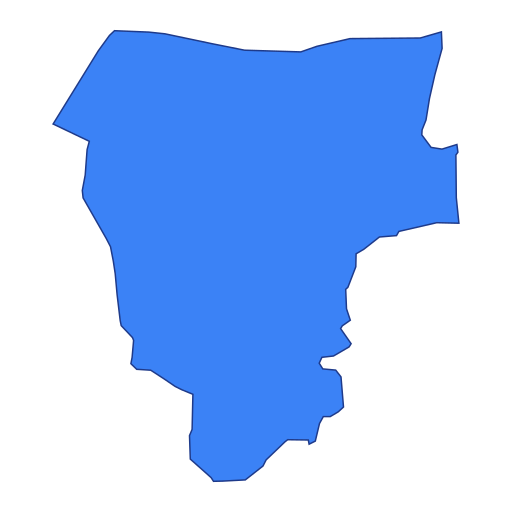 Belbédji, Zinder, Niger
{"feature_id": "23599985B37162587774633", "entity_name": "Belbédji", "entity_type": "district", "adm_level": 2, "iso_a3": "NER", "parent_name": "Niger", "parent_adm1": "Zinder", "projection": "orthographic", "projection_center": [7.925, 15.006], "detail": "fine", "context": "isolated", "style": "filled", "palette": "blue", "viewbox_px": 512, "rotation_deg": 0, "n_neighbors": 0, "source": "geoboundaries", "source_scale": "gbopen_adm2", "svg_char_len": 1178}
<svg xmlns="http://www.w3.org/2000/svg" viewBox="0 0 512 512"><path d="M213.5,481.3L222.5,481.1L245.3,479.9L263.0,466.0L266.1,459.9L285.0,441.8L287.7,439.7L308.3,440.0L309.1,444.2L315.3,441.1L319.5,423.5L323.3,416.6L330.2,416.6L338.3,411.8L343.5,407.0L341.0,376.9L335.7,370.1L322.8,368.9L319.2,363.2L321.9,357.3L333.5,356.0L349.1,346.9L351.1,343.7L340.6,328.6L342.3,325.8L350.3,320.2L346.5,308.8L345.7,289.3L347.9,287.3L355.8,266.8L356.1,253.8L363.9,249.2L379.4,237.0L396.5,235.6L398.9,231.4L436.7,222.7L458.9,223.2L456.3,197.7L455.9,155.0L457.9,152.2L456.9,144.5L442.0,149.1L431.1,147.4L421.8,134.9L422.1,129.8L426.0,120.0L429.5,98.4L434.9,74.6L442.1,48.4L441.4,31.9L420.2,38.0L350.0,38.6L316.9,46.3L300.8,51.9L244.6,50.2L212.0,43.7L164.9,33.8L148.8,32.1L114.5,30.7L109.5,35.4L98.3,50.8L53.1,124.0L89.3,141.3L87.1,149.6L85.2,175.1L82.3,190.5L83.1,197.9L106.2,238.4L110.5,246.7L113.3,261.1L115.2,273.6L117.1,294.6L120.2,320.6L121.2,325.6L132.5,337.6L133.6,340.4L132.1,357.4L130.9,363.7L136.7,369.3L150.7,370.2L163.2,378.3L175.1,386.4L181.7,389.7L192.9,394.3L192.1,429.4L189.5,435.6L190.3,459.1L211.1,477.6L213.5,481.3Z" fill="#3b82f6" stroke="#1e3a8a" stroke-width="1.5"/></svg>